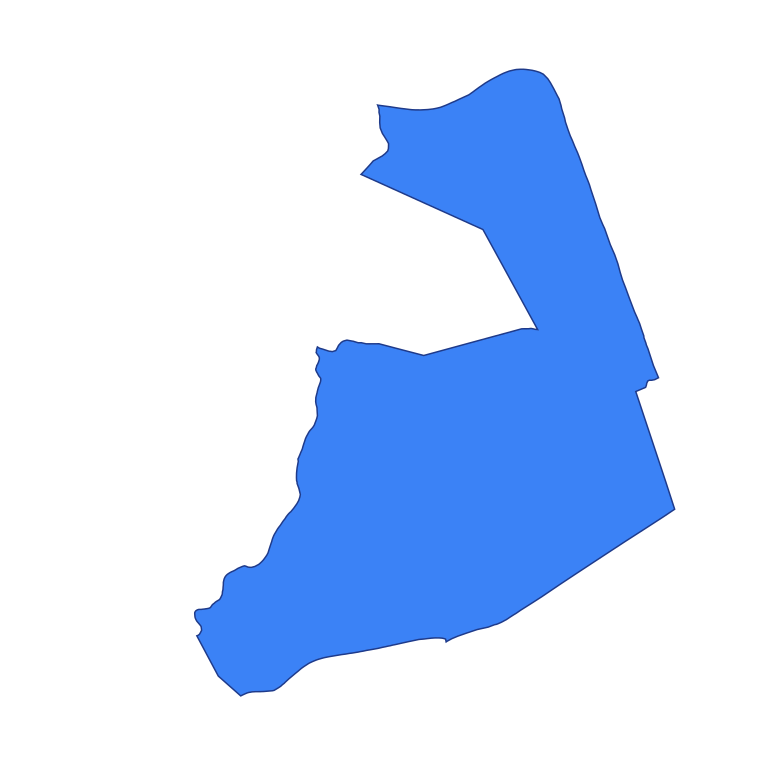 La Tourney/Cedar Heights, Laborie, Saint Lucia (orthographic projection), rotated 250°
{"feature_id": "8701671B9732663070943", "entity_name": "La Tourney/Cedar Heights", "entity_type": "district", "adm_level": 2, "iso_a3": "LCA", "parent_name": "Saint Lucia", "parent_adm1": "Laborie", "projection": "orthographic", "projection_center": [-60.965, 13.743], "detail": "fine", "context": "isolated", "style": "filled", "palette": "blue", "viewbox_px": 768, "rotation_deg": 250, "n_neighbors": 0, "source": "geoboundaries", "source_scale": "gbopen_adm2", "svg_char_len": 5931}
<svg xmlns="http://www.w3.org/2000/svg" viewBox="0 0 768 768"><g transform="rotate(250 384 384)"><path d="M166.9,614.3L195.3,615.3L290.8,618.0L291.4,628.7L292.9,630.0L294.9,631.2L296.6,632.9L296.8,634.6L296.0,636.7L295.5,639.9L296.0,644.1L309.2,643.5L327.0,644.1L330.9,643.9L332.9,644.1L338.6,644.1L340.4,644.6L347.6,644.7L353.4,644.9L358.2,644.6L359.2,644.6L366.2,644.1L373.5,644.0L381.8,643.9L391.5,643.9L400.1,643.7L407.8,644.1L417.0,644.9L426.5,645.0L437.6,644.3L454.5,644.5L458.8,644.1L466.4,643.7L480.6,644.5L495.8,644.9L501.2,645.2L506.4,645.1L510.8,644.9L516.8,644.9L522.8,645.1L530.0,645.1L534.9,645.0L542.1,644.5L548.2,644.3L553.6,643.9L560.4,643.9L563.5,644.0L568.1,644.1L572.2,644.7L576.9,644.9L581.7,645.1L585.3,645.6L592.1,646.0L595.4,645.5L603.4,644.5L610.3,643.4L614.9,642.3L620.6,639.7L623.4,637.1L624.9,635.2L626.3,633.3L628.0,630.7L629.6,627.7L631.0,625.0L632.0,622.8L633.2,619.5L634.3,615.8L634.6,613.8L634.8,612.3L635.2,608.9L635.2,605.5L635.1,602.3L634.8,599.2L634.3,595.6L633.9,592.3L633.4,588.9L632.8,585.5L632.1,581.9L631.2,578.6L630.2,574.7L629.0,570.6L628.0,567.3L626.7,562.5L625.9,552.1L625.4,547.2L625.3,544.2L625.0,540.7L624.8,537.7L624.7,533.3L624.7,531.6L625.1,527.9L625.7,524.1L626.9,519.1L629.0,512.2L630.9,507.1L632.3,503.8L633.5,501.4L635.5,497.5L636.9,494.7L639.2,490.4L642.6,484.2L647.9,474.0L648.3,473.4L647.6,473.4L643.7,473.3L640.9,472.2L637.1,471.7L631.2,469.4L626.6,468.2L626.0,468.0L622.6,468.1L619.9,468.2L616.0,469.1L611.1,470.1L608.3,470.5L606.0,469.6L603.8,468.7L601.7,467.2L600.0,463.7L599.6,462.4L598.9,460.4L597.3,450.1L594.8,445.7L591.1,438.6L589.6,435.7L588.8,434.1L495.3,529.8L465.4,534.4L382.6,547.0L382.9,546.4L383.5,545.1L383.8,544.5L384.6,543.4L385.9,541.2L386.1,540.5L386.5,538.7L388.0,534.5L388.5,533.0L388.8,532.0L397.2,431.1L414.1,406.6L423.5,393.1L424.6,390.0L427.8,381.1L430.6,376.7L431.1,375.2L431.6,373.8L434.7,369.7L435.3,368.6L437.9,364.2L438.1,362.3L438.2,360.3L437.9,358.8L437.7,358.0L435.9,354.6L433.9,352.5L432.6,351.0L431.9,350.1L432.0,348.7L432.1,346.5L432.9,345.1L433.6,343.6L437.7,338.4L439.7,335.6L440.1,335.3L441.6,334.1L439.3,332.3L437.9,331.7L437.3,331.4L436.8,331.0L435.3,331.3L433.6,331.8L432.1,332.2L430.7,332.2L429.0,331.5L427.2,330.1L426.5,329.5L425.1,328.1L424.4,327.2L423.2,326.4L422.2,325.7L421.6,325.1L420.5,324.7L418.3,324.8L416.9,325.1L415.2,325.3L413.9,325.5L411.9,326.2L411.2,326.4L410.3,326.3L408.9,325.7L407.7,325.0L406.4,323.9L405.8,323.4L404.5,322.3L403.7,321.6L403.0,321.0L401.7,320.1L400.7,319.4L399.8,318.8L398.9,318.3L397.5,317.3L394.7,315.4L393.8,315.0L392.3,314.4L390.9,313.8L389.5,313.5L387.9,313.2L386.3,313.1L384.5,312.9L383.0,312.4L380.7,311.7L379.7,311.4L377.0,310.6L376.2,310.1L374.6,309.0L372.9,307.6L371.3,306.2L370.1,305.2L369.1,304.3L367.9,302.7L367.2,301.6L365.9,299.1L365.2,297.9L364.3,296.7L362.4,294.6L361.4,293.4L359.6,291.6L358.3,290.6L356.5,289.2L355.4,288.3L352.9,286.4L350.9,285.0L349.6,283.8L348.3,282.5L346.7,281.1L345.2,279.7L343.5,278.1L343.0,277.5L340.6,277.0L335.0,273.7L330.3,271.4L328.5,270.7L325.9,269.7L323.0,268.8L321.7,268.8L320.1,268.3L314.9,268.3L308.8,267.6L306.6,266.3L303.6,263.9L301.2,261.1L298.0,256.4L295.7,252.5L295.7,252.2L294.9,250.4L294.2,249.1L292.7,246.7L291.4,245.1L289.6,242.2L288.5,240.7L286.7,238.3L285.3,236.0L284.1,234.3L283.1,233.1L281.6,231.3L280.4,229.8L279.0,228.3L278.4,227.8L277.2,226.7L275.8,225.6L274.1,224.4L272.9,223.4L271.0,221.9L268.7,220.1L267.4,219.1L265.8,217.9L264.9,217.2L263.3,215.4L262.0,213.6L260.0,210.6L258.9,208.5L257.9,206.2L257.3,204.5L257.0,202.2L256.7,200.3L256.9,198.3L257.0,196.9L257.6,195.3L257.9,194.6L258.6,193.4L259.6,192.4L260.7,191.0L260.9,190.4L261.0,188.8L260.9,186.8L260.8,184.8L260.7,183.5L260.1,180.8L259.8,178.7L259.7,176.6L259.5,175.0L259.0,172.7L258.6,171.4L258.1,170.3L257.3,169.0L256.6,168.2L255.6,167.2L254.6,166.5L253.2,165.6L252.1,165.0L251.4,164.8L249.7,164.1L248.5,163.5L246.9,162.8L246.0,162.4L244.6,161.5L243.7,160.9L242.9,160.7L241.4,159.8L240.1,158.5L238.9,157.3L238.2,156.4L237.7,155.7L237.4,154.2L237.2,153.2L237.0,152.1L236.6,150.7L236.1,149.7L235.8,148.6L235.3,147.2L234.7,146.4L234.0,145.4L233.5,144.7L233.1,143.5L233.2,142.6L233.3,141.7L233.5,140.6L233.8,139.2L234.0,138.1L234.3,137.0L234.7,135.2L235.1,134.1L235.5,133.0L235.6,131.7L235.5,130.6L235.1,129.3L234.1,128.1L233.0,127.6L231.9,127.3L230.1,126.8L228.9,126.6L227.0,126.7L225.1,127.0L223.5,127.6L221.9,128.2L219.9,128.9L218.6,129.2L215.0,128.4L213.3,126.6L212.4,125.6L211.8,124.7L211.5,123.6L211.4,123.1L211.4,122.0L166.2,128.4L139.9,142.7L140.1,144.2L140.3,146.4L140.4,147.8L140.5,149.7L140.4,151.5L140.1,152.9L139.8,154.8L139.4,156.1L138.9,157.8L138.2,159.8L137.2,162.6L136.1,166.1L135.0,170.2L133.9,174.3L133.7,176.0L134.2,178.6L134.6,180.7L135.3,183.6L136.2,185.7L136.9,187.9L137.5,189.1L138.6,191.7L139.4,193.6L140.2,195.8L141.3,198.8L141.7,199.9L142.4,201.8L142.9,203.3L143.7,205.6L144.2,206.8L145.0,209.0L145.4,210.4L146.0,212.6L146.4,214.4L147.0,216.9L147.3,218.4L147.6,221.8L147.7,223.9L147.8,226.4L147.7,228.9L147.6,230.1L147.5,231.7L147.3,234.1L146.9,236.8L146.5,239.3L144.2,251.8L143.3,255.8L142.7,259.3L142.0,262.3L141.4,265.6L140.9,268.2L140.7,269.9L140.1,273.1L139.6,276.8L139.0,279.9L137.6,288.0L137.1,292.4L136.6,295.6L136.3,298.1L135.9,300.4L135.7,302.8L135.3,305.2L134.8,309.0L134.5,311.5L134.0,315.2L133.5,319.1L133.0,322.5L132.4,326.7L132.0,329.5L130.6,334.7L129.9,337.8L129.3,340.2L129.0,341.5L128.3,343.9L127.8,345.6L127.2,347.1L126.6,348.8L125.8,350.6L125.3,351.7L124.4,353.1L123.9,353.8L123.2,354.6L120.4,354.2L120.7,355.3L121.5,360.8L121.8,367.2L121.7,376.2L121.4,387.5L119.9,398.8L120.0,405.5L119.7,407.5L119.7,408.9L119.8,410.5L119.9,412.2L120.2,414.7L120.5,416.5L120.7,418.2L121.2,420.3L121.7,422.2L122.2,424.4L122.8,427.0L123.2,429.2L123.9,432.0L124.7,435.0L127.8,449.2L130.1,459.3L135.5,480.8L139.8,498.6L147.4,530.7L153.4,556.2L158.7,579.6L163.6,600.9L166.9,614.3Z" fill="#3b82f6" stroke="#1e3a8a" stroke-width="1.5"/></g></svg>